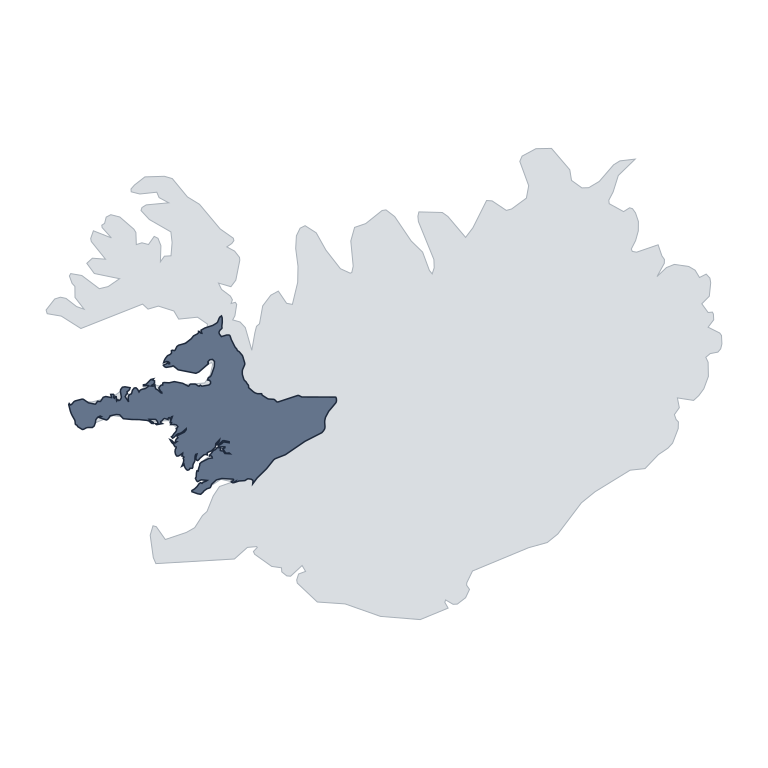 where Vesturland sits in Iceland
{"feature_id": "ISL-710", "entity_name": "Vesturland", "entity_type": "Region", "adm_level": 1, "iso_a3": "ISL", "parent_name": "Iceland", "parent_adm1": "", "projection": "orthographic", "projection_center": [-22.162, 64.9], "detail": "fine", "context": "in_parent", "style": "filled", "palette": "slate", "viewbox_px": 768, "rotation_deg": 0, "n_neighbors": 0, "source": "natural_earth", "source_scale": "10m", "svg_char_len": 9733}
<svg xmlns="http://www.w3.org/2000/svg" viewBox="0 0 768 768"><path d="M581.9,187.9L588.7,187.7L599.3,181.4L613.6,164.8L619.9,160.9L635.2,159.1L618.3,175.5L613.1,192.0L608.8,200.2L609.2,203.7L623.6,211.6L629.6,207.8L632.5,208.7L635.5,212.9L638.4,221.5L638.3,230.9L635.6,240.6L631.3,249.0L632.3,251.4L636.6,252.2L658.1,244.8L661.9,255.9L664.4,259.4L664.3,263.3L657.0,276.6L666.4,267.6L674.3,264.4L688.8,266.5L695.1,270.2L699.5,277.5L706.2,274.1L709.9,278.1L710.7,282.8L709.3,296.2L701.8,303.8L708.1,312.5L712.4,312.1L713.4,314.1L713.7,319.8L708.1,327.2L719.7,333.0L721.5,335.5L721.9,343.9L720.7,348.8L717.9,352.1L710.2,353.6L705.8,357.3L708.1,362.2L708.4,376.4L703.8,388.8L698.8,395.6L693.6,400.4L677.4,397.9L679.3,407.7L674.4,414.6L676.1,419.5L678.4,421.9L678.2,428.6L672.6,443.1L668.0,448.1L658.4,454.6L645.0,468.6L630.1,470.2L595.1,491.7L581.4,502.8L557.8,534.0L547.3,542.5L528.6,547.7L472.5,571.0L466.8,582.7L466.6,585.2L469.5,589.4L465.6,597.7L457.3,604.1L453.1,604.3L445.6,599.9L444.8,602.3L448.1,608.1L420.2,619.6L380.5,616.4L345.1,603.9L317.3,602.0L297.3,583.1L296.7,580.0L298.6,574.0L305.6,571.4L302.1,565.5L290.6,576.2L286.8,575.9L281.8,571.9L281.5,567.8L271.7,566.4L254.7,554.3L253.4,551.5L257.3,547.4L256.6,546.6L247.4,547.4L234.4,559.0L155.9,563.6L153.3,557.6L150.2,535.2L153.0,525.8L156.3,526.7L165.3,539.5L186.2,532.5L194.7,527.7L202.5,515.5L207.0,511.5L213.2,496.0L219.5,486.5L232.6,481.9L220.9,479.3L201.4,491.8L194.9,491.8L197.9,486.4L204.6,480.3L200.0,479.8L198.2,477.1L198.0,471.3L201.4,462.0L224.1,445.4L218.8,442.3L203.0,455.0L191.5,459.4L182.1,453.6L177.6,445.9L177.9,442.5L183.4,432.6L182.5,430.7L178.7,429.7L168.7,420.6L152.7,421.4L113.3,415.6L83.3,427.5L76.2,421.5L70.7,408.8L72.1,403.9L77.3,401.3L91.8,402.0L113.3,396.6L123.1,389.4L126.8,391.3L128.6,394.9L141.8,389.6L148.8,383.2L160.5,386.4L204.7,383.0L210.4,374.5L212.6,364.5L211.6,362.4L195.5,371.7L191.8,371.6L173.1,366.7L166.4,361.1L168.6,356.7L178.5,347.1L203.6,331.1L207.1,327.9L207.4,324.0L197.5,317.2L178.7,319.1L173.9,311.0L158.4,306.1L148.0,309.1L142.6,304.1L80.9,328.5L61.3,316.1L47.2,313.7L46.1,310.0L54.7,299.0L60.4,297.2L66.0,298.4L76.6,306.6L84.1,309.2L75.0,297.4L74.9,286.4L72.1,283.4L69.4,276.0L70.7,273.6L81.8,275.5L99.3,288.7L108.1,286.6L119.6,278.7L94.3,273.5L86.8,263.3L92.4,258.2L105.5,259.2L91.3,241.5L90.7,238.5L93.4,230.8L111.4,237.9L102.1,227.5L101.8,225.2L104.6,223.4L106.2,217.1L110.8,214.7L119.8,217.0L133.9,229.2L135.9,232.5L136.3,244.6L141.9,242.8L148.5,244.5L154.2,236.4L158.0,238.3L160.9,245.7L160.4,261.8L164.4,256.2L171.0,255.8L172.1,242.5L170.9,231.9L149.3,219.5L141.0,210.5L142.0,207.5L146.2,204.9L168.7,202.8L159.1,197.6L156.8,192.2L139.8,194.0L131.2,191.8L131.0,189.0L134.5,185.0L144.9,176.9L164.4,176.3L172.3,178.6L187.4,196.9L199.5,204.3L220.1,228.9L233.3,238.2L233.9,240.6L231.8,243.5L226.8,246.9L234.6,251.1L239.5,257.4L239.8,260.2L235.8,280.2L230.9,286.7L218.5,283.1L221.5,289.4L230.4,296.1L232.4,299.8L231.1,303.5L235.3,302.3L236.7,304.4L234.9,315.8L232.7,319.9L240.1,322.0L245.3,327.6L251.8,350.3L254.9,332.7L256.5,326.3L259.5,323.8L262.7,305.9L270.8,295.2L278.3,291.1L286.6,303.3L292.4,304.4L297.7,282.3L298.0,266.2L295.7,248.5L296.4,235.8L300.1,228.2L305.1,225.7L316.2,232.8L325.9,250.1L340.4,268.7L350.2,273.2L351.8,272.5L353.2,266.2L350.8,241.0L354.6,227.4L365.7,223.6L382.1,210.5L386.0,209.9L394.7,216.6L411.2,241.0L422.6,252.1L429.4,270.5L432.2,273.9L434.2,267.8L433.9,259.5L418.4,221.5L417.9,216.2L418.9,211.9L442.3,212.5L447.9,216.5L465.6,237.4L472.9,227.8L486.6,200.5L492.1,200.9L506.3,210.4L511.6,209.0L526.4,198.1L528.7,185.7L519.8,161.4L522.1,156.1L535.9,148.7L551.5,148.4L569.8,169.8L571.5,180.4L581.9,187.9Z" fill="#d9dde1" stroke="#a8b0b8" stroke-width="1"/><path d="M235.1,482.3L235.7,481.2L232.9,482.8L231.4,482.1L231.3,481.2L232.5,481.0L233.5,480.2L233.5,479.5L233.1,479.2L233.5,479.2L221.8,478.5L216.4,479.9L211.6,484.3L210.8,486.6L210.3,487.5L209.7,487.9L206.9,488.8L204.0,490.9L203.1,492.1L200.7,494.3L197.7,493.8L191.9,491.7L191.9,490.5L194.6,488.9L197.1,486.5L199.2,483.5L200.6,482.6L202.0,483.4L203.2,482.2L206.0,481.2L207.2,480.4L201.5,479.8L199.8,480.4L198.5,481.3L197.5,481.6L196.6,480.8L195.4,478.3L196.2,476.9L196.4,473.1L196.9,470.8L197.3,470.6L197.8,471.0L198.2,471.1L198.6,468.5L199.7,465.3L199.8,463.7L201.4,462.2L208.6,458.5L212.3,458.0L212.0,456.7L211.4,456.0L210.6,455.8L209.7,456.0L209.7,455.0L210.9,453.9L213.3,450.6L215.4,449.6L217.0,447.8L217.9,447.6L220.5,447.8L220.3,450.5L221.6,450.9L223.2,450.9L224.1,452.4L224.9,453.5L230.2,453.8L229.1,452.9L226.9,453.2L225.8,452.9L224.9,451.9L223.5,449.6L222.3,448.9L224.9,447.8L224.9,446.8L218.3,446.9L218.3,445.8L221.9,443.5L223.1,442.3L224.1,442.0L229.2,442.8L229.2,441.7L224.2,440.6L222.7,440.7L218.6,444.5L217.0,444.8L217.0,443.8L218.7,442.2L219.3,441.1L219.6,439.6L215.8,443.6L215.4,447.1L211.4,450.9L208.1,452.2L207.1,453.0L207.5,455.0L205.6,454.4L203.8,454.9L200.1,458.1L198.6,459.9L197.6,460.6L196.6,460.1L195.9,458.7L196.0,457.2L197.0,454.0L195.7,454.4L195.1,456.1L194.9,458.3L194.9,460.6L194.7,461.3L193.2,464.2L192.9,465.5L192.8,467.4L192.3,468.3L190.0,468.3L189.4,469.4L188.9,469.8L187.7,470.2L186.7,469.8L185.5,468.4L184.5,466.5L184.0,464.2L182.9,465.6L181.8,466.2L182.7,464.3L183.5,462.0L183.8,459.8L183.1,458.1L184.0,457.1L183.0,456.2L181.8,456.0L182.7,454.0L182.7,453.1L179.8,455.3L178.0,456.1L176.6,456.0L175.5,454.2L175.0,451.8L175.3,449.4L176.2,447.9L176.2,447.0L175.1,446.8L174.3,445.7L173.4,443.9L172.6,443.4L171.7,442.4L170.1,439.7L171.7,440.4L173.4,442.1L175.0,443.1L176.7,441.8L175.3,441.8L175.7,440.2L176.3,439.1L177.9,437.8L177.1,436.8L177.1,435.8L184.4,432.1L186.2,429.7L186.2,428.7L182.3,432.1L180.2,433.3L178.2,433.7L176.4,434.8L174.5,436.9L172.7,438.2L171.4,436.8L172.3,436.2L174.0,433.7L175.3,432.3L176.1,431.2L176.7,429.7L176.2,428.7L176.8,428.4L177.9,426.7L176.5,425.0L174.6,424.5L170.6,424.6L171.5,422.6L170.2,422.6L172.4,416.5L171.7,416.7L171.2,417.2L170.7,418.2L170.2,419.5L169.8,418.1L169.3,417.6L168.7,417.7L168.1,418.5L168.1,419.5L164.6,418.5L163.6,418.9L161.7,421.0L160.7,421.5L160.7,422.6L162.4,423.6L156.6,424.7L155.1,423.5L157.3,423.6L157.9,423.1L157.7,422.2L157.1,421.0L155.7,419.4L149.1,419.3L150.0,420.4L153.3,422.5L153.3,423.5L151.6,423.4L148.7,420.8L146.9,420.4L147.3,420.4L139.4,419.6L131.9,419.5L123.3,418.7L119.7,414.8L116.2,414.5L110.1,415.8L110.0,416.2L108.4,418.7L107.0,419.8L106.3,420.0L99.0,417.5L99.7,416.9L101.2,416.5L100.2,416.0L97.7,417.2L95.8,419.7L95.4,422.6L94.2,426.0L92.4,427.5L87.8,427.5L86.4,427.8L83.6,429.3L82.3,429.5L77.8,426.7L76.9,425.2L76.0,424.8L75.3,424.1L75.1,421.6L74.8,420.2L72.3,415.8L71.2,413.5L70.3,411.0L68.7,404.6L69.2,403.5L70.4,404.9L71.6,404.4L74.0,401.6L75.2,400.9L82.1,399.1L83.4,399.3L88.4,402.8L95.2,404.2L95.8,403.8L97.0,402.0L97.6,401.3L100.2,401.5L100.9,400.9L103.2,397.3L105.8,396.5L111.5,397.6L111.5,396.5L111.2,396.0L110.7,394.4L113.3,394.3L114.1,395.1L113.6,397.6L114.5,398.3L115.5,396.5L116.2,396.6L116.4,398.0L116.4,400.1L116.7,401.1L117.9,399.6L118.8,400.6L120.0,400.0L120.9,398.7L121.4,397.2L120.4,391.6L120.6,389.6L122.4,387.2L125.0,386.8L130.1,387.7L129.6,389.4L128.8,390.5L127.0,391.8L127.4,393.8L126.7,394.0L126.2,394.5L125.2,396.7L128.6,401.9L128.3,399.7L128.2,397.8L128.5,396.2L129.2,394.8L131.3,393.9L131.7,393.1L132.4,390.3L134.2,388.0L136.0,387.8L137.6,389.3L139.0,392.0L140.0,390.4L141.4,389.5L145.2,388.6L149.0,386.0L148.0,385.4L143.4,385.9L143.4,384.8L146.1,384.3L150.8,379.5L153.3,378.9L152.4,379.9L153.5,380.2L154.6,380.9L154.4,382.3L154.6,382.8L153.7,384.1L151.8,385.2L151.1,386.0L153.0,386.2L154.0,385.8L154.9,385.0L155.3,387.8L155.9,389.0L157.9,390.0L160.7,392.7L161.8,393.1L161.8,392.2L161.0,391.7L160.3,390.8L158.8,388.0L160.5,385.7L161.4,385.0L162.7,385.0L162.8,383.0L164.0,382.5L169.2,382.8L174.3,381.6L182.7,383.3L188.3,386.2L189.0,385.8L189.9,384.5L190.5,384.1L195.2,384.1L196.5,384.7L197.8,385.7L199.1,386.2L200.3,385.1L201.9,386.2L208.9,385.0L210.5,383.6L210.6,381.8L209.5,380.3L207.6,380.0L208.2,378.0L208.9,377.4L209.8,377.0L210.9,375.9L211.7,374.2L214.3,366.6L214.5,361.5L212.5,359.4L209.8,359.7L207.9,361.7L207.9,362.7L208.3,362.7L208.3,363.8L199.0,371.9L195.9,373.3L178.1,369.8L173.7,366.1L173.0,365.8L171.8,366.5L166.1,367.4L164.5,366.7L163.3,365.2L164.3,364.6L166.1,364.0L167.5,362.7L168.0,363.5L168.4,363.8L169.6,363.8L169.6,362.7L168.2,361.7L166.6,361.5L163.6,362.7L164.3,360.5L165.4,358.4L167.5,355.7L170.4,354.3L171.5,353.0L171.4,350.6L172.3,350.2L174.5,350.6L175.1,350.1L176.9,346.5L178.6,345.2L185.5,343.3L191.3,338.7L193.5,335.9L197.5,333.8L198.9,332.3L198.5,332.0L198.5,331.3L199.4,331.5L200.9,333.2L201.9,333.3L201.0,330.2L204.8,328.0L212.8,325.4L216.6,323.1L217.6,322.1L219.1,318.3L219.9,317.0L221.5,315.9L222.2,317.9L222.3,322.2L221.8,326.2L222.0,327.8L221.9,328.4L219.9,330.3L219.2,331.6L219.0,332.6L219.2,333.5L219.6,334.3L221.4,336.6L226.7,335.0L229.0,335.0L229.7,335.4L230.2,336.2L231.3,339.6L235.0,347.0L236.8,349.1L237.2,350.2L237.7,350.8L239.1,351.6L242.4,355.5L243.2,357.7L243.4,358.6L244.6,362.5L244.8,363.7L244.7,364.7L242.5,369.8L242.3,371.3L242.3,373.3L242.4,374.7L243.9,379.5L244.3,380.2L246.1,381.9L247.2,383.8L248.3,385.0L248.5,385.5L248.6,386.1L248.6,387.6L253.5,391.9L255.3,393.0L257.5,393.7L261.6,393.7L262.2,395.2L267.7,398.7L268.6,399.0L273.8,399.3L274.5,399.6L276.9,401.9L277.9,402.0L297.9,395.4L298.8,395.5L301.8,397.0L335.3,397.1L335.9,397.3L336.4,398.7L336.5,400.8L336.2,402.1L335.6,403.1L328.7,411.3L325.5,417.3L324.7,420.8L324.7,422.7L325.0,426.6L324.9,427.8L324.7,428.8L323.5,430.8L321.8,432.7L305.0,441.3L285.4,454.7L275.2,458.7L273.7,459.8L266.5,468.8L257.2,477.9L252.7,483.9L252.9,481.9L253.1,481.3L252.9,480.7L252.7,480.2L251.2,479.2L248.3,478.8L247.5,478.9L244.9,480.6L239.0,481.0L235.1,482.3Z" fill="#64748b" stroke="#1e293b" stroke-width="1.5"/></svg>